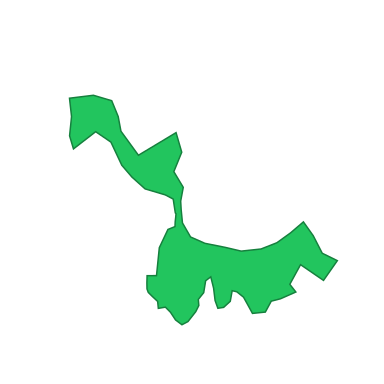 the district of Pera Chorio, Nicosia, Cyprus, rotated 329°
{"feature_id": "46923920B47441185050524", "entity_name": "Pera Chorio", "entity_type": "district", "adm_level": 2, "iso_a3": "CYP", "parent_name": "Cyprus", "parent_adm1": "Nicosia", "projection": "equal_earth", "projection_center": [33.375, 35.031], "detail": "fine", "context": "isolated", "style": "filled", "palette": "green", "viewbox_px": 384, "rotation_deg": 329, "n_neighbors": 0, "source": "geoboundaries", "source_scale": "gbopen_adm2", "svg_char_len": 1147}
<svg xmlns="http://www.w3.org/2000/svg" viewBox="0 0 384 384"><g transform="rotate(329 192 192)"><path d="M281.2,325.7L272.1,311.6L273.4,291.9L272.1,275.0L255.4,277.8L238.6,279.2L221.8,276.4L203.7,268.0L192.1,256.7L176.6,242.6L167.6,229.8L167.9,213.6L173.7,201.4L177.6,194.0L186.9,183.5L186.9,165.2L203.7,152.6L208.9,132.9L186.9,132.9L165.0,132.9L162.4,103.3L167.6,89.3L170.2,72.4L157.3,58.3L135.3,48.5L127.6,65.3L116.0,80.8L112.6,94.0L140.5,90.7L148.2,107.5L145.6,132.9L148.2,148.3L153.4,165.2L167.6,180.7L172.2,188.3L172.2,188.5L169.6,194.8L166.9,201.4L167.1,202.3L166.8,202.8L164.9,205.4L162.3,208.8L159.6,212.9L152.1,211.7L135.3,222.9L118.5,245.4L110.4,240.6L106.5,246.7L103.5,251.9L102.8,255.6L104.2,261.1L106.2,268.1L103.2,274.4L109.9,277.0L111.6,284.0L112.0,293.2L115.0,300.6L121.8,301.0L133.6,296.5L139.4,292.8L142.1,287.3L150.2,284.3L158.0,275.1L164.4,274.4L161.0,285.5L155.9,296.9L154.3,305.0L159.7,307.2L168.5,305.4L175.6,297.3L179.0,300.6L182.0,308.7L181.7,317.2L181.3,327.2L193.0,332.7L203.7,326.4L212.8,329.1L229.5,331.2L228.3,321.5L247.6,310.2L259.2,335.5L281.2,325.7Z" fill="#22c55e" stroke="#15803d" stroke-width="1.5"/></g></svg>